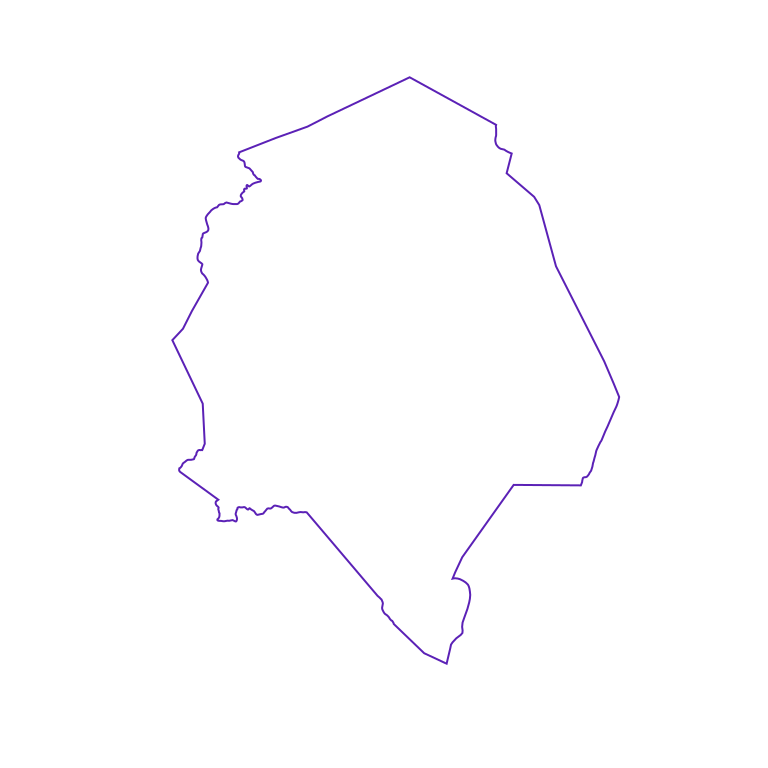 Lepaterique, Francisco Morazán, Honduras, rotated 163°
{"feature_id": "27666195B26269396586320", "entity_name": "Lepaterique", "entity_type": "district", "adm_level": 2, "iso_a3": "HND", "parent_name": "Honduras", "parent_adm1": "Francisco Morazán", "projection": "natural_earth1", "projection_center": [-87.431, 14.064], "detail": "fine", "context": "isolated", "style": "outline", "palette": "violet", "viewbox_px": 768, "rotation_deg": 163, "n_neighbors": 0, "source": "geoboundaries", "source_scale": "gbopen_adm2", "svg_char_len": 6129}
<svg xmlns="http://www.w3.org/2000/svg" viewBox="0 0 768 768"><g transform="rotate(163 384 384)"><path d="M166.8,341.3L185.1,446.3L183.2,509.7L185.7,519.1L205.1,549.7L194.5,567.1L196.0,568.3L197.7,569.8L199.3,571.5L200.2,572.7L200.5,573.0L203.6,574.8L204.2,575.4L204.9,576.2L205.6,577.4L206.2,578.9L206.6,580.1L206.7,581.0L206.6,582.7L206.5,583.8L206.3,584.6L205.7,586.1L205.1,587.3L204.3,588.5L203.9,589.5L202.2,595.1L201.8,597.4L201.6,598.0L201.0,599.0L269.8,669.8L359.7,656.5L381.9,652.5L415.7,650.9L454.8,647.9L454.8,647.3L454.9,647.1L455.6,646.2L456.5,645.4L456.8,644.9L457.1,644.2L457.1,643.3L457.0,642.8L456.8,642.5L455.7,640.6L455.0,639.9L453.5,638.7L453.1,638.2L452.8,637.7L452.7,637.1L452.7,636.3L452.9,634.9L453.2,633.3L453.2,632.8L453.1,632.4L452.9,632.1L452.7,631.9L450.2,630.0L449.7,629.6L449.4,629.1L447.5,624.9L447.5,624.6L447.6,623.9L447.6,623.5L447.5,622.8L447.3,622.2L447.1,621.8L446.6,621.4L446.3,620.4L445.9,619.4L444.9,617.3L444.6,617.0L444.1,616.9L443.8,616.8L443.1,616.4L442.7,616.0L442.4,615.5L442.2,615.1L442.1,614.7L442.3,614.3L442.7,613.9L443.3,613.8L444.8,614.0L448.2,614.1L450.5,613.9L451.7,613.6L454.2,612.5L455.0,612.3L455.5,612.6L456.5,614.2L456.8,614.3L457.1,614.2L457.4,613.9L457.6,613.4L457.7,612.9L457.8,611.7L457.9,611.2L458.0,611.1L458.9,611.1L459.4,611.2L460.1,611.5L460.3,611.4L460.6,611.3L460.8,611.1L461.1,610.5L461.2,610.0L461.2,609.4L461.3,609.1L462.1,608.7L463.2,608.4L465.0,607.2L465.5,606.7L465.9,606.0L466.1,605.2L466.0,604.9L465.7,604.4L465.6,604.0L465.3,603.2L465.3,602.0L465.4,601.4L465.5,601.2L465.9,601.0L466.8,600.7L467.5,600.6L468.3,600.6L470.3,599.3L470.9,599.1L471.7,599.0L472.8,599.3L474.5,599.8L476.2,600.4L477.7,601.2L481.2,603.4L481.5,603.6L482.1,603.6L482.9,603.5L483.4,603.4L484.2,603.0L485.0,602.9L485.5,603.0L487.5,603.5L488.2,603.6L488.8,603.6L489.2,603.5L489.6,603.4L491.9,601.8L492.1,601.8L492.9,601.9L494.6,601.8L496.5,601.3L498.3,600.6L498.7,600.4L499.8,599.6L502.9,597.8L503.7,597.2L504.8,596.3L505.4,595.7L505.7,595.3L506.0,594.8L506.1,594.3L506.3,592.8L506.4,589.0L506.4,587.9L506.3,586.7L506.3,585.8L506.4,584.2L506.7,583.4L506.9,582.8L507.2,582.4L507.6,582.0L508.0,581.8L508.5,581.5L509.6,581.2L512.7,580.9L513.0,580.7L513.4,580.4L514.9,577.3L515.1,577.1L515.5,577.1L515.8,576.9L516.1,576.5L516.4,575.9L516.8,574.7L517.1,573.1L517.3,572.4L518.1,570.3L518.7,568.9L519.6,567.7L521.1,565.1L523.6,563.0L524.9,560.7L525.6,558.8L525.7,558.0L525.8,557.3L525.7,556.8L525.5,556.1L525.0,555.1L523.1,552.6L522.9,552.1L522.7,551.7L522.8,551.4L523.0,551.0L525.0,548.0L525.4,547.2L525.7,546.7L525.8,546.1L525.9,545.2L525.8,544.2L525.6,543.1L525.4,542.6L524.8,541.7L524.2,540.5L523.6,539.0L523.2,537.5L522.7,535.2L522.6,533.6L522.7,532.3L546.4,509.9L560.1,495.6L573.6,487.8L563.1,418.2L572.9,379.2L573.6,378.4L575.1,376.5L576.6,374.6L577.2,373.9L577.3,373.9L577.6,374.2L577.8,374.3L578.9,374.4L579.6,374.8L580.0,374.9L580.8,374.9L581.2,374.8L581.5,374.7L583.2,373.2L583.6,372.6L584.1,371.5L584.6,370.9L585.0,370.6L585.8,370.0L586.5,369.4L587.1,368.5L587.6,367.8L587.8,367.7L588.3,367.7L590.5,367.9L593.3,368.7L593.9,368.8L594.5,368.7L595.3,368.5L596.9,367.8L598.6,367.2L599.6,366.8L601.6,364.5L603.0,363.6L603.7,363.3L604.4,363.2L605.1,361.6L605.1,360.6L604.7,359.6L576.3,321.8L579.0,320.8L579.5,320.2L579.8,319.4L579.9,319.0L579.9,318.5L579.9,317.8L579.7,317.2L579.5,316.6L579.0,315.8L578.6,315.1L578.4,314.7L578.3,314.2L578.4,313.8L578.9,313.2L579.1,312.6L579.1,311.1L579.3,309.5L579.3,309.1L579.1,308.7L579.1,308.4L579.9,306.0L580.5,304.9L581.7,303.8L582.1,303.6L582.7,303.4L583.0,303.0L583.1,302.7L583.0,302.3L582.8,302.0L582.4,301.7L581.3,301.2L579.5,300.6L578.2,299.9L577.1,299.5L576.1,299.3L574.7,299.2L573.5,299.0L572.9,298.8L572.2,298.5L571.6,298.4L570.2,298.3L568.6,298.1L568.1,297.7L566.4,296.1L565.9,295.9L565.5,295.9L565.2,296.1L564.7,296.7L564.2,297.5L564.0,298.1L563.8,298.8L563.8,299.7L563.8,300.9L564.0,302.4L563.9,302.9L563.7,303.5L562.8,304.8L561.8,306.5L561.5,306.7L561.1,306.9L560.8,307.3L560.6,307.5L560.6,307.9L560.4,308.2L560.1,308.5L559.7,308.6L559.2,308.7L558.7,308.6L558.2,308.5L557.2,307.9L556.5,307.7L555.5,307.4L554.3,307.3L553.8,307.2L553.4,307.0L553.0,306.7L552.7,306.3L551.6,304.5L551.2,304.0L550.9,303.8L550.6,303.7L550.3,303.8L550.0,303.9L549.5,304.3L549.0,304.5L548.8,304.4L548.6,304.2L548.3,303.7L547.6,302.7L545.4,300.3L544.4,297.0L543.9,296.3L543.4,295.9L542.9,295.8L539.7,295.6L538.3,295.4L537.5,295.4L537.0,295.6L536.2,296.3L535.0,297.0L533.2,298.2L532.1,298.9L531.7,298.9L531.0,298.9L530.5,298.7L529.6,298.3L528.9,298.1L528.4,298.1L528.1,298.2L527.3,298.5L525.0,299.6L524.5,299.7L523.9,299.6L523.5,299.5L522.6,299.0L520.0,297.5L518.0,296.1L516.6,295.3L516.1,295.2L515.5,295.1L514.5,295.3L513.9,295.3L513.2,295.1L512.5,294.7L512.1,294.4L511.9,294.0L511.4,292.7L510.5,291.1L510.0,289.6L509.5,288.7L509.3,288.4L507.5,287.1L505.5,286.4L502.9,286.2L501.5,286.0L500.1,285.5L498.8,284.9L497.4,284.7L496.7,284.5L496.1,284.2L495.4,283.8L452.1,183.3L450.6,180.9L450.1,179.8L449.8,179.3L449.4,178.7L449.2,176.9L449.1,175.6L449.3,174.3L450.0,173.0L450.5,172.0L451.1,170.9L451.4,169.9L451.5,168.9L451.1,166.4L450.8,165.2L450.4,164.1L449.5,162.9L448.9,162.2L448.3,161.2L447.4,159.3L447.2,158.0L446.2,155.8L445.4,155.1L445.1,154.0L444.8,152.9L444.8,151.6L424.3,114.8L405.9,98.2L397.9,111.9L396.1,115.2L394.0,116.9L389.2,119.7L384.0,121.6L381.8,123.0L380.9,125.3L380.3,128.9L378.6,132.9L375.9,136.6L370.0,144.5L366.4,150.2L364.7,153.4L363.2,157.1L362.5,160.6L362.1,163.6L362.1,165.8L362.4,167.6L363.9,170.3L365.8,172.6L368.4,175.1L370.4,176.4L372.7,177.4L374.0,177.7L375.3,177.8L371.0,183.1L359.8,195.5L289.5,249.6L225.4,229.5L223.2,232.3L222.7,233.5L222.0,234.7L221.5,235.6L221.1,236.0L220.6,236.2L220.0,236.2L219.5,236.2L218.2,235.9L217.2,236.0L216.9,236.1L215.9,236.7L214.5,237.7L214.0,238.2L213.3,239.0L211.3,240.5L208.9,244.0L207.2,247.3L206.3,248.5L204.3,251.8L202.7,254.2L200.8,257.6L200.1,258.6L197.1,262.0L194.7,264.5L194.2,265.1L193.3,265.7L192.2,266.8L186.3,274.0L182.5,278.2L172.6,289.9L168.3,294.6L167.0,296.3L165.7,298.2L164.4,300.2L162.9,302.8L164.2,317.1L166.8,341.3Z" fill="none" stroke="#5b21b6" stroke-width="2"/></g></svg>